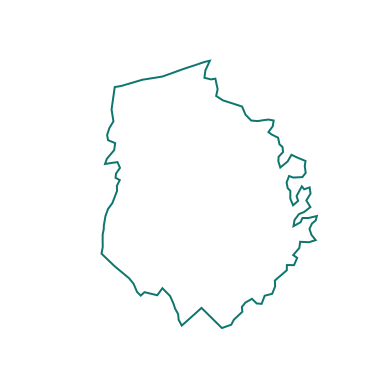 Mercedes, Paraná, Brazil, rotated 48°
{"feature_id": "56859067B78993450300756", "entity_name": "Mercedes", "entity_type": "district", "adm_level": 2, "iso_a3": "BRA", "parent_name": "Brazil", "parent_adm1": "Paraná", "projection": "equal_earth", "projection_center": [-54.174, -24.435], "detail": "fine", "context": "isolated", "style": "outline", "palette": "teal", "viewbox_px": 384, "rotation_deg": 48, "n_neighbors": 0, "source": "geoboundaries", "source_scale": "gbopen_adm2", "svg_char_len": 1729}
<svg xmlns="http://www.w3.org/2000/svg" viewBox="0 0 384 384"><g transform="rotate(48 192 192)"><path d="M106.4,90.9L104.0,95.1L94.9,115.9L86.4,136.7L83.4,141.4L75.4,153.7L65.7,173.9L62.3,179.2L76.8,196.5L86.9,203.1L89.2,210.6L92.8,216.9L97.3,219.7L104.3,216.4L108.8,221.8L110.4,233.2L113.0,237.9L116.2,232.9L119.9,227.4L125.9,229.4L127.5,236.2L130.3,239.3L134.8,237.7L137.2,243.8L141.0,246.9L144.0,252.8L147.0,258.7L148.4,265.7L151.9,272.3L157.8,279.8L160.8,282.7L163.6,286.6L168.3,290.9L173.1,295.1L177.3,300.5L195.2,299.2L213.9,296.5L221.0,296.8L229.5,299.7L234.7,299.4L234.7,294.3L245.5,286.9L243.7,278.4L249.9,278.1L254.7,277.9L262.7,280.5L267.3,282.6L273.4,284.0L278.0,287.4L284.4,289.0L284.5,273.6L284.5,262.5L313.1,260.8L316.9,251.6L314.9,246.4L314.7,234.7L310.8,231.9L309.9,226.2L311.5,218.9L318.1,218.5L321.7,215.1L317.7,207.4L321.3,200.5L317.7,193.3L313.2,189.6L313.6,173.9L309.8,170.4L314.6,165.1L311.3,157.9L306.6,159.0L305.4,149.7L301.4,144.9L307.6,138.7L310.5,132.3L303.8,131.9L298.0,129.4L295.7,123.9L295.9,119.1L293.4,115.3L289.3,122.8L285.2,127.3L287.1,131.6L285.3,139.4L281.4,134.5L280.0,127.3L281.9,122.0L282.4,114.1L274.8,112.7L272.5,105.0L267.3,101.5L265.1,106.8L261.3,106.6L265.0,117.0L269.6,119.1L269.5,125.8L262.7,123.4L257.0,118.2L253.1,118.3L248.2,115.3L245.1,109.2L249.0,107.1L254.8,100.0L253.8,94.6L248.2,90.9L244.9,86.9L237.3,90.5L230.9,93.2L233.3,100.5L232.9,110.0L227.0,107.3L223.8,104.1L223.2,97.5L219.0,94.6L215.1,95.1L209.3,91.7L202.4,94.4L198.6,95.1L197.2,88.0L193.5,83.5L189.4,86.6L186.4,90.9L183.3,95.7L178.5,100.2L170.3,100.5L162.0,97.6L144.6,107.7L136.8,109.8L132.8,104.2L123.4,98.8L121.0,102.6L115.4,106.3L110.6,100.7L106.4,90.9Z" fill="none" stroke="#0f766e" stroke-width="2"/></g></svg>